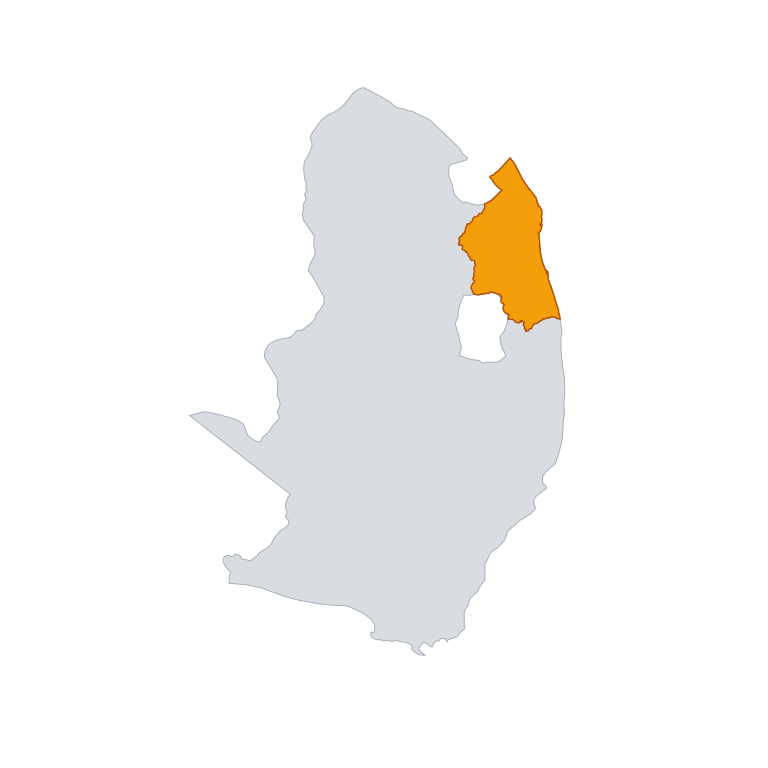 South Africa, with KwaZulu-Natal highlighted, rotated 313°
{"feature_id": "ZAF-1216", "entity_name": "KwaZulu-Natal", "entity_type": "Province", "adm_level": 1, "iso_a3": "ZAF", "parent_name": "South Africa", "parent_adm1": "", "projection": "albers", "projection_center": [30.227, -28.943], "detail": "fine", "context": "in_parent", "style": "filled", "palette": "amber", "viewbox_px": 768, "rotation_deg": 313, "n_neighbors": 0, "source": "natural_earth", "source_scale": "10m", "svg_char_len": 9534}
<svg xmlns="http://www.w3.org/2000/svg" viewBox="0 0 768 768"><g transform="rotate(313 384 384)"><path d="M517.0,160.5L534.3,158.1L542.0,159.4L551.4,163.1L560.1,164.4L574.9,163.1L580.0,163.7L584.0,165.1L586.9,167.1L591.0,181.8L594.5,197.5L594.4,202.6L594.8,204.6L598.9,211.3L600.4,215.5L602.8,218.9L607.9,235.8L608.4,238.7L607.8,279.4L605.7,284.3L606.5,290.7L604.1,291.5L589.9,283.1L587.4,283.4L583.3,286.4L579.5,291.2L577.8,295.2L570.6,306.2L570.0,313.1L570.6,319.1L573.0,319.4L574.7,323.7L578.5,330.5L585.0,335.0L591.0,337.0L599.5,337.6L606.1,337.6L605.8,333.0L607.5,320.6L618.6,322.3L635.2,322.2L633.9,330.2L627.5,348.5L623.4,369.0L618.3,379.3L615.5,383.5L607.4,391.0L603.3,393.5L599.8,394.3L586.2,409.5L581.1,416.9L576.6,427.6L572.2,433.5L565.7,446.1L554.4,464.8L545.0,477.0L540.8,480.6L538.0,482.2L530.5,489.3L520.1,500.8L512.2,511.0L500.4,522.7L493.5,527.8L483.4,537.9L480.5,539.4L469.1,548.9L460.9,554.6L447.6,561.5L442.3,563.5L429.5,562.2L424.2,563.3L419.9,567.4L419.7,573.0L417.9,573.9L406.1,571.8L401.3,572.5L398.6,575.6L396.5,579.5L389.8,580.0L377.7,576.6L363.5,575.0L360.3,574.9L353.6,578.2L351.3,578.8L341.3,578.7L335.7,577.2L330.5,577.6L326.6,579.4L321.7,580.2L309.3,591.6L302.5,592.1L296.7,593.8L286.3,593.2L283.2,594.1L280.3,596.2L273.3,597.5L270.7,599.3L259.6,609.9L254.7,609.3L248.5,609.7L241.1,605.3L238.4,605.9L239.0,604.3L239.0,601.5L236.2,599.0L233.5,599.4L231.8,597.3L227.6,597.4L224.2,598.5L222.7,589.7L221.0,589.0L216.7,589.2L214.7,589.7L213.8,590.6L212.9,592.7L213.5,598.9L211.9,597.3L209.8,593.8L208.9,589.9L209.0,585.2L212.0,583.1L210.5,577.3L204.5,567.6L201.3,565.7L198.4,560.7L195.8,559.1L194.4,555.5L191.8,552.8L190.5,548.3L191.5,545.5L193.4,543.8L195.7,545.9L198.2,544.7L201.5,541.0L203.2,535.7L202.5,527.5L201.4,522.5L197.2,509.7L195.5,506.8L187.8,498.1L178.8,486.3L166.8,467.5L160.8,456.1L150.9,432.8L143.0,419.8L133.7,408.0L132.6,407.3L133.6,405.6L137.5,402.2L139.3,401.2L140.4,401.4L141.3,400.5L142.0,398.4L142.2,393.8L143.7,388.9L145.2,386.7L148.8,384.9L151.8,386.4L153.2,388.0L154.0,390.2L155.4,391.2L157.4,390.9L158.9,392.1L160.1,395.0L160.1,397.1L159.1,398.5L159.5,400.2L161.2,402.2L163.3,406.7L171.2,408.3L175.5,408.1L179.7,408.9L183.8,410.6L190.1,410.5L198.8,408.5L206.1,408.3L211.9,409.8L216.1,409.8L218.5,408.2L219.5,406.3L218.9,403.9L220.0,402.2L222.8,401.3L225.0,399.3L226.4,396.1L230.2,393.3L236.3,390.8L239.5,390.6L228.4,263.3L240.7,271.1L243.7,274.9L250.3,286.4L257.2,300.6L258.7,307.6L258.6,309.2L253.5,319.3L253.7,324.1L254.8,329.6L256.4,332.3L258.2,333.1L262.1,331.4L268.4,332.4L280.3,330.8L286.2,331.1L287.7,330.6L289.0,329.3L290.3,325.8L291.6,324.6L297.0,322.7L299.4,320.6L302.9,313.7L314.1,304.1L315.3,301.8L321.4,280.1L323.5,276.9L326.7,274.7L333.2,272.7L337.1,273.3L341.4,275.0L346.3,277.8L353.6,283.2L356.0,284.0L363.0,283.8L367.6,287.4L380.8,289.4L384.6,289.1L388.5,286.8L395.3,286.6L402.4,284.9L406.7,280.9L414.2,257.3L415.0,252.2L415.9,250.7L422.7,247.8L431.1,245.5L432.8,244.4L437.9,237.8L444.6,232.2L448.9,213.5L452.0,209.0L453.9,207.1L455.1,207.0L456.9,205.8L459.1,203.5L461.9,202.0L465.0,201.4L467.1,199.8L468.0,197.3L469.6,196.1L471.9,196.1L473.2,195.3L473.5,193.6L478.7,189.5L478.8,187.9L481.7,183.9L487.5,177.6L492.9,174.0L498.1,173.2L507.7,169.9L511.1,166.9L513.3,162.8L517.0,160.5ZM504.6,435.8L512.6,432.6L518.5,428.3L519.8,420.7L524.3,416.0L526.0,411.7L527.2,405.7L524.4,399.4L520.7,397.6L513.8,392.3L510.8,388.6L506.6,385.6L503.6,381.9L499.0,383.2L491.7,386.3L487.2,389.1L483.5,392.4L476.7,394.9L470.6,405.3L468.6,407.7L463.8,415.4L456.7,419.2L456.6,420.6L459.1,426.7L462.6,432.7L466.2,437.6L466.1,440.7L467.3,443.0L470.4,444.6L475.8,450.7L478.5,452.7L486.4,454.0L487.6,453.6L489.7,449.8L489.9,447.2L495.1,439.1L497.4,436.6L504.6,435.8Z" fill="#d9dde1" stroke="#a8b0b8" stroke-width="1"/><path d="M514.6,393.2L512.9,391.5L511.7,389.3L511.3,388.9L510.9,388.5L511.1,388.1L511.7,386.4L511.9,385.6L512.1,385.3L512.8,384.6L513.0,384.3L513.0,384.0L513.0,383.2L513.2,382.7L513.8,382.2L514.3,381.6L516.4,380.8L518.0,380.4L519.1,380.7L519.3,380.7L519.7,380.6L520.2,380.4L520.6,380.3L520.8,380.1L521.0,380.0L521.2,379.6L521.2,379.3L521.2,379.1L521.0,378.7L521.0,378.4L521.1,378.1L521.4,377.6L522.1,376.9L522.8,376.6L524.3,376.3L525.4,374.9L525.5,374.8L525.8,374.6L526.1,374.4L526.9,374.2L527.5,373.9L527.9,373.4L529.9,370.8L530.1,370.6L530.5,370.4L530.9,370.3L532.6,370.2L533.1,370.1L533.4,369.5L533.8,368.7L534.0,368.2L534.5,367.7L535.3,367.1L535.5,366.7L535.6,365.6L535.5,365.0L535.3,364.7L535.2,364.5L534.5,363.9L534.2,363.6L534.1,363.1L534.1,362.7L534.2,362.3L534.6,361.4L535.0,360.7L535.3,360.3L535.4,360.0L535.3,358.8L535.4,358.3L535.9,357.5L536.1,357.0L536.6,355.6L537.0,355.0L537.0,354.8L537.0,354.5L536.9,354.3L536.5,354.0L536.4,353.6L536.4,353.1L536.6,351.7L536.5,351.1L536.0,350.4L535.9,350.2L535.8,349.8L535.8,349.6L535.9,349.4L536.1,349.1L536.5,348.7L538.4,347.6L538.5,347.5L538.6,347.3L538.6,346.9L538.5,346.0L538.4,345.6L538.2,345.3L538.1,345.2L536.9,344.8L536.8,344.6L536.8,344.3L536.9,343.9L537.0,343.6L536.9,343.4L537.0,343.1L538.5,342.3L539.3,342.6L539.6,342.5L539.9,342.3L540.1,341.8L540.4,341.2L540.6,340.6L540.7,340.4L540.9,340.1L541.1,339.9L541.3,339.8L542.1,339.6L543.4,339.2L543.7,339.3L544.2,339.5L545.9,339.9L546.1,339.8L546.3,339.8L546.8,339.3L547.3,339.1L549.7,339.7L550.3,339.7L550.6,339.2L550.8,339.0L552.7,338.2L553.7,337.4L554.2,337.1L554.7,337.0L555.6,336.6L555.8,336.5L556.5,336.6L557.0,336.1L557.3,335.9L557.6,335.8L557.8,335.8L558.4,335.9L558.5,336.0L558.7,336.3L558.7,336.7L558.8,337.1L559.3,337.3L561.1,337.1L563.3,337.4L564.0,337.3L564.5,336.8L565.1,336.5L566.0,336.2L566.6,336.1L566.9,336.1L568.0,336.5L568.4,336.6L568.8,336.9L569.0,337.0L570.1,337.5L570.9,338.0L571.3,338.2L571.6,338.1L571.9,337.9L572.3,337.7L573.4,337.4L573.9,337.7L574.3,338.3L575.0,338.8L575.9,339.0L579.7,337.9L581.2,337.9L582.3,337.0L584.1,334.8L590.7,337.1L592.8,337.6L606.4,338.0L606.4,337.5L606.3,337.1L606.2,336.7L606.0,336.3L605.8,335.8L605.7,330.4L607.4,321.3L607.4,320.3L609.5,320.3L609.9,320.4L610.7,321.2L611.2,321.4L612.1,321.7L613.7,321.5L614.6,321.5L618.6,322.3L635.4,322.1L635.0,323.5L634.4,328.1L633.8,330.3L633.7,331.0L633.5,331.7L632.4,333.3L632.3,333.6L632.1,334.6L632.1,334.9L631.8,335.4L631.6,336.3L628.2,345.5L625.8,355.6L625.8,356.4L625.7,356.7L625.4,357.6L625.3,357.9L625.3,358.4L625.5,359.0L625.5,359.4L623.9,368.0L623.6,368.7L621.0,372.7L620.8,373.2L620.7,374.0L620.3,374.8L619.8,375.3L619.1,375.5L619.2,375.8L619.3,375.9L619.7,375.7L619.9,376.9L619.6,378.2L619.0,379.5L618.8,380.6L618.4,381.2L615.7,383.9L615.3,384.2L614.3,384.6L613.9,384.9L613.6,385.3L613.0,386.3L612.6,386.8L609.2,389.6L608.4,388.9L607.2,389.1L606.5,389.8L607.1,390.8L607.4,390.5L607.8,390.1L608.3,389.9L608.8,389.8L608.2,391.0L607.0,391.9L603.2,393.9L602.1,394.1L600.9,394.1L599.5,393.8L599.6,394.3L599.9,394.5L599.0,395.3L593.0,402.0L591.6,403.3L591.1,403.5L590.9,403.7L590.8,403.9L590.7,404.5L590.2,404.9L589.0,406.5L588.6,406.9L587.5,407.6L587.1,407.9L586.9,408.3L586.8,409.0L586.4,409.2L586.1,409.4L585.9,409.7L585.7,410.3L581.6,415.8L577.6,423.8L577.3,425.1L577.6,426.5L576.4,426.5L576.1,426.8L575.9,427.7L576.4,427.4L577.4,427.1L577.8,426.7L577.8,427.0L577.7,427.5L577.4,427.9L576.6,428.8L573.5,431.7L572.6,432.8L571.1,435.3L569.4,439.3L565.0,447.0L564.4,448.4L564.3,448.9L564.0,449.4L562.6,451.0L557.5,460.5L556.7,461.7L556.2,462.2L555.8,462.4L555.4,462.7L554.4,464.8L551.7,468.5L551.5,468.3L551.1,468.0L551.0,467.9L550.9,467.2L550.8,466.8L550.7,466.7L550.0,466.3L549.9,466.2L549.8,465.9L549.8,465.2L549.6,464.7L549.5,464.3L549.5,464.0L549.6,463.5L549.5,463.3L549.4,462.9L549.1,462.5L548.3,462.0L548.0,461.9L547.9,461.7L547.7,461.1L547.6,460.7L547.3,460.5L546.6,460.5L546.4,460.4L546.2,460.3L546.0,460.1L545.8,460.0L545.4,460.1L545.2,460.0L544.9,459.7L544.7,459.3L544.6,459.1L544.3,459.0L544.2,458.7L544.1,458.3L544.1,458.1L543.9,458.0L543.5,458.2L543.4,458.3L543.1,458.3L542.8,458.2L542.2,457.8L541.5,457.2L540.5,456.6L540.0,456.2L539.8,455.8L539.6,455.7L539.0,455.7L538.8,455.8L538.6,456.0L538.4,456.1L538.0,455.8L537.6,455.7L536.9,455.3L536.4,455.2L536.1,455.0L535.8,454.9L535.6,454.9L534.6,455.1L534.4,455.2L534.2,455.1L533.9,455.0L533.2,454.5L532.2,454.1L530.1,452.7L529.7,452.6L529.4,452.6L528.7,453.1L528.3,453.2L526.8,453.2L526.6,453.3L526.1,453.8L525.8,453.9L525.4,453.9L524.7,453.6L523.6,453.0L522.4,452.6L521.4,453.3L520.0,452.4L519.3,451.4L520.7,450.4L520.2,449.7L520.3,449.0L521.0,449.0L521.7,447.2L521.8,446.3L522.4,445.7L522.8,445.3L524.2,444.9L524.0,444.3L524.6,444.1L524.6,443.3L524.7,442.2L523.4,440.6L522.8,440.7L523.0,441.7L521.0,441.1L520.4,440.5L519.6,439.7L519.3,438.7L518.7,437.2L519.2,436.4L519.1,435.4L519.2,435.2L519.3,435.0L519.3,434.4L519.3,434.1L519.1,433.9L517.8,432.7L516.3,430.8L516.1,430.4L518.4,428.9L518.8,428.8L519.6,428.5L519.9,428.3L520.1,428.0L520.0,427.7L519.7,427.0L519.6,426.5L519.6,426.2L519.2,425.7L518.7,425.1L518.7,424.2L518.9,423.3L518.9,422.4L519.5,421.4L519.9,420.4L520.4,419.5L521.2,418.8L523.5,418.1L523.9,417.7L523.9,417.1L523.9,416.5L524.4,416.2L524.0,415.7L523.8,414.8L523.8,413.9L524.0,413.2L524.6,412.5L525.5,412.2L526.4,411.9L527.2,411.5L527.5,411.2L527.7,410.9L527.9,410.5L527.9,410.0L527.9,409.5L528.5,408.7L528.6,408.2L528.1,407.6L527.9,407.4L527.9,407.1L527.9,406.6L527.9,406.4L527.6,405.6L526.7,404.5L526.4,403.2L526.2,402.7L525.7,402.2L525.3,401.8L524.9,401.4L524.7,399.4L523.8,399.0L522.6,399.0L521.6,398.7L519.1,396.1L518.0,395.6L517.3,395.4L516.9,395.1L516.7,394.7L516.7,394.0L516.4,393.7L515.8,393.4L515.1,393.2L514.6,393.2Z" fill="#f59e0b" stroke="#b45309" stroke-width="1.5"/></g></svg>